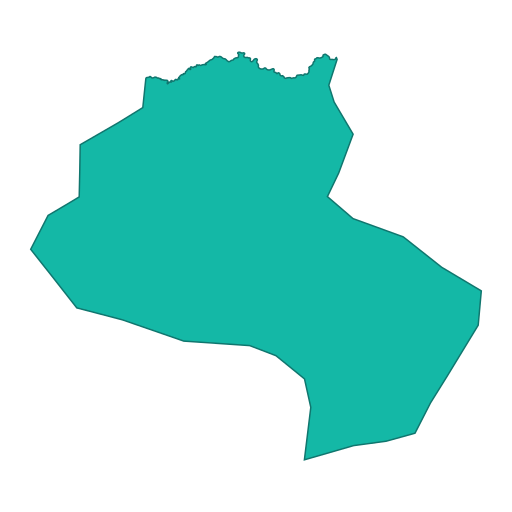 Erdenemandal, Arhangay, Mongolia (Robinson projection)
{"feature_id": "93677404B38518016494864", "entity_name": "Erdenemandal", "entity_type": "district", "adm_level": 2, "iso_a3": "MNG", "parent_name": "Mongolia", "parent_adm1": "Arhangay", "projection": "robinson", "projection_center": [101.387, 48.374], "detail": "fine", "context": "isolated", "style": "filled", "palette": "teal", "viewbox_px": 512, "rotation_deg": 0, "n_neighbors": 0, "source": "geoboundaries", "source_scale": "gbopen_adm2", "svg_char_len": 5535}
<svg xmlns="http://www.w3.org/2000/svg" viewBox="0 0 512 512"><path d="M478.2,325.2L481.3,290.9L441.7,267.3L403.3,236.9L353.0,218.6L327.4,196.6L338.7,173.0L353.1,134.2L334.1,102.0L328.8,85.2L337.1,59.4L336.4,57.6L336.0,57.8L335.8,58.0L335.7,58.8L335.3,59.2L334.8,59.4L334.0,59.6L333.1,59.6L332.4,59.4L331.6,59.4L330.7,59.5L329.9,59.3L329.6,58.9L329.6,58.5L329.5,57.9L329.3,57.3L329.0,56.8L328.4,56.2L327.7,55.8L327.2,55.4L326.3,54.8L325.8,54.4L325.2,54.2L324.4,54.4L323.2,55.0L323.0,55.6L323.0,55.9L323.0,56.6L322.7,56.7L322.3,57.1L321.7,57.4L320.9,57.8L320.0,58.0L319.5,58.1L318.3,57.8L317.8,57.8L317.4,57.7L316.9,57.8L316.4,58.3L315.9,58.7L315.5,58.9L315.0,59.0L314.7,59.2L314.6,59.5L314.6,60.1L314.6,60.7L314.6,61.2L314.3,61.4L314.0,61.7L313.6,61.9L313.4,62.2L313.2,62.8L313.1,63.4L312.9,64.1L311.8,65.4L311.1,66.0L309.5,66.8L309.0,67.4L308.9,67.8L309.1,68.4L309.3,68.7L309.2,69.6L309.0,69.9L308.9,70.3L309.1,71.0L308.9,71.8L308.7,72.5L308.2,73.2L307.5,73.9L307.2,74.2L306.3,74.2L305.5,74.0L304.8,74.0L304.3,74.1L304.1,74.4L303.8,75.0L303.3,75.4L302.8,75.3L302.0,75.0L301.1,74.8L298.7,75.1L297.9,75.1L297.4,75.3L297.1,75.3L296.7,75.8L296.4,76.5L295.9,77.4L295.2,77.8L294.4,77.9L293.7,77.8L292.6,78.1L291.9,78.2L291.3,78.4L290.4,77.7L290.0,77.6L289.4,77.6L288.8,77.7L288.0,77.7L287.3,77.9L286.8,77.9L286.4,78.1L286.0,78.3L285.7,78.3L285.2,78.3L284.3,77.8L284.0,76.9L283.2,76.3L283.0,76.0L282.7,75.7L281.4,75.9L281.1,75.8L280.7,75.6L280.1,75.0L279.9,74.4L279.8,73.8L279.5,73.4L278.8,72.9L278.3,72.8L278.0,72.9L277.6,73.2L277.3,73.5L277.1,73.6L276.9,73.6L276.6,73.4L275.8,72.5L275.4,72.4L274.8,72.3L274.3,72.1L274.0,71.8L274.0,71.4L274.0,70.9L274.2,69.9L274.0,69.4L273.7,68.9L273.2,68.7L272.6,68.8L269.9,69.9L269.0,70.0L268.0,69.9L267.2,69.6L266.7,69.3L266.2,68.8L265.8,68.2L265.3,68.0L264.9,67.9L264.3,68.1L263.2,68.9L262.1,69.0L261.2,69.0L260.4,68.8L259.7,68.5L258.7,67.7L258.4,67.1L258.3,66.5L258.4,65.9L258.4,65.1L257.8,63.8L257.4,63.4L256.7,62.5L256.7,62.1L256.7,61.6L257.2,60.3L257.3,59.6L257.0,59.1L256.3,58.7L255.6,58.7L254.9,58.9L254.2,59.3L253.7,59.9L252.7,61.2L252.3,61.5L251.8,61.7L251.1,61.6L250.6,61.2L250.3,60.6L250.3,59.9L250.4,59.5L250.5,58.9L250.3,58.4L250.0,58.1L249.7,57.9L248.5,57.9L247.4,57.4L247.1,57.4L246.2,57.5L245.6,57.5L245.1,57.5L244.6,57.2L243.9,56.7L243.7,55.9L243.8,55.4L244.0,54.8L244.3,54.5L244.6,54.1L244.7,53.8L244.6,53.5L244.5,53.2L244.2,53.0L243.7,52.8L242.5,53.0L241.8,53.0L241.0,52.8L240.5,52.5L240.0,52.3L239.5,52.2L238.9,52.2L238.4,52.3L237.9,52.6L237.7,53.0L237.8,53.5L238.0,53.8L238.5,54.1L238.8,54.5L238.5,55.5L238.4,56.9L238.2,57.2L237.9,57.5L237.3,57.7L235.8,57.9L234.9,58.3L234.4,58.6L233.8,59.0L233.5,59.6L233.1,60.0L231.8,60.3L231.2,60.5L230.0,61.4L229.4,61.6L228.7,61.7L228.2,61.4L227.2,60.8L226.7,60.3L226.1,59.6L225.0,58.8L223.6,58.6L222.9,58.3L222.4,58.0L221.9,57.5L221.3,57.0L220.8,56.7L220.2,56.5L219.8,56.4L219.3,56.5L218.3,57.0L217.8,57.1L217.5,57.1L217.1,56.9L216.8,56.7L216.4,56.6L216.0,56.6L215.0,56.5L214.7,56.5L214.5,56.9L214.0,57.3L213.9,57.7L213.6,58.1L213.4,58.3L212.9,58.6L212.7,58.9L212.3,59.3L211.7,59.6L210.4,60.0L209.6,60.5L209.2,60.9L208.5,61.4L207.6,62.2L205.7,63.3L205.4,63.6L205.4,63.8L205.5,63.9L205.7,64.0L206.1,64.1L206.2,64.4L206.1,64.5L205.8,64.7L205.2,64.7L203.8,64.6L203.2,64.6L202.9,64.7L202.5,64.8L202.0,64.9L201.6,65.1L201.1,65.4L200.7,65.4L200.3,65.4L199.4,65.0L199.1,64.9L198.8,65.0L198.3,65.4L198.0,65.4L197.5,65.0L197.2,64.9L196.9,64.9L196.6,65.1L196.4,65.4L196.4,65.7L196.4,66.0L196.1,66.7L195.9,66.8L195.1,66.6L194.7,66.6L194.4,66.6L194.1,66.8L193.6,67.3L193.4,67.5L193.0,67.5L192.7,67.4L191.5,66.9L191.0,66.9L190.7,67.0L190.3,67.6L190.4,68.0L190.7,69.0L190.5,69.4L190.3,69.5L190.0,69.5L189.6,69.1L189.4,68.9L189.1,68.5L188.8,68.4L188.6,68.5L188.2,68.8L187.8,69.5L187.1,70.1L186.7,70.8L186.3,71.3L185.7,71.6L185.5,72.0L185.2,73.3L185.0,73.5L184.8,73.7L184.0,73.6L183.6,73.6L183.4,73.7L183.3,73.8L183.4,74.4L183.1,74.6L182.9,74.7L181.8,74.7L181.3,74.9L181.0,75.2L180.6,75.5L180.1,75.9L179.6,76.8L179.3,77.1L178.7,77.5L178.7,77.8L178.7,78.0L179.0,78.3L179.5,78.6L179.5,78.8L179.3,78.8L178.5,78.8L178.2,78.9L177.9,79.0L177.8,79.3L177.6,79.7L177.4,79.8L177.0,79.9L176.2,79.5L175.7,79.4L175.3,79.6L174.9,80.0L174.7,80.3L174.5,80.6L173.6,81.1L173.1,81.3L172.8,81.3L172.6,81.2L172.3,80.9L171.9,80.7L171.5,80.5L171.2,80.6L171.0,80.8L170.8,81.1L170.9,81.5L171.1,82.0L170.0,82.1L169.5,82.1L169.2,82.3L168.8,82.6L168.2,83.4L167.9,83.6L167.5,83.7L166.9,84.0L167.3,83.5L167.6,83.4L167.9,83.3L168.0,83.1L167.8,83.0L167.7,82.8L167.6,82.7L168.2,82.5L168.3,82.3L168.3,82.0L168.2,81.9L167.7,81.5L167.6,81.4L167.7,80.8L167.4,80.5L167.0,80.3L166.8,80.2L166.6,80.3L166.4,80.4L166.2,80.4L165.0,80.1L164.8,80.1L164.7,80.3L164.2,80.4L163.9,80.3L163.7,80.1L163.4,79.9L162.9,79.8L161.8,79.7L161.3,79.7L161.0,79.6L160.9,79.5L160.9,79.3L161.0,79.1L160.9,78.8L160.8,78.7L160.5,78.6L160.1,78.8L159.8,78.7L159.2,78.4L158.9,78.1L158.7,78.0L158.4,78.0L158.1,78.1L157.5,78.1L156.6,77.4L156.3,77.3L155.8,77.3L155.4,77.1L155.0,77.1L154.6,77.2L154.1,77.5L153.8,77.7L152.8,77.9L152.4,78.0L152.1,77.9L151.7,77.8L150.6,76.7L150.3,76.6L150.0,76.5L149.8,76.6L149.6,76.8L149.5,77.1L148.7,77.2L148.0,77.4L147.5,77.5L147.0,77.5L146.4,77.7L146.0,78.2L145.8,78.9L142.8,107.6L118.5,122.6L80.2,144.7L79.8,169.6L79.2,196.9L65.4,205.2L48.1,215.4L30.7,249.3L52.2,276.5L76.8,307.9L122.3,319.8L183.8,341.1L249.7,345.6L276.0,355.7L304.5,378.9L310.8,407.4L304.4,459.8L353.6,445.6L386.2,441.2L415.0,433.2L430.5,402.9L447.2,376.1L478.2,325.2Z" fill="#14b8a6" stroke="#0f766e" stroke-width="1.5"/></svg>